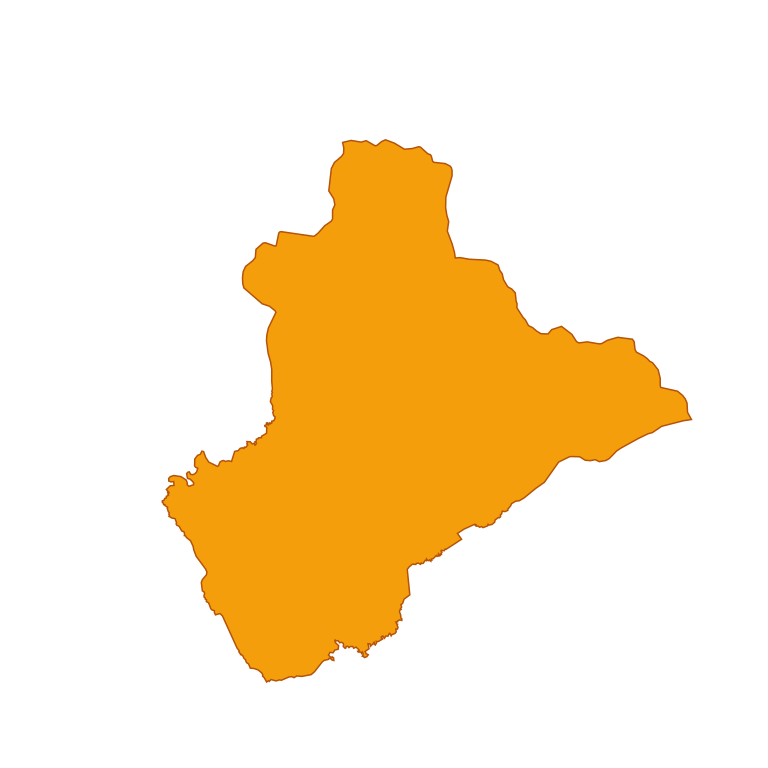 the district of Phu Sang, Phayao, Thailand, rotated 332°
{"feature_id": "78962969B43087545511477", "entity_name": "Phu Sang", "entity_type": "district", "adm_level": 2, "iso_a3": "THA", "parent_name": "Thailand", "parent_adm1": "Phayao", "projection": "robinson", "projection_center": [100.319, 19.641], "detail": "fine", "context": "isolated", "style": "filled", "palette": "amber", "viewbox_px": 768, "rotation_deg": 332, "n_neighbors": 0, "source": "geoboundaries", "source_scale": "gbopen_adm2", "svg_char_len": 6171}
<svg xmlns="http://www.w3.org/2000/svg" viewBox="0 0 768 768"><g transform="rotate(332 384 384)"><path d="M638.8,559.7L638.7,551.5L642.6,543.1L643.0,538.5L642.3,534.3L639.8,528.2L626.8,517.0L627.1,515.2L630.5,508.8L632.7,500.3L631.1,491.3L629.2,488.5L628.4,485.3L626.4,481.1L621.8,474.3L621.9,471.2L624.7,464.2L624.4,461.1L612.3,452.5L601.8,450.3L595.0,450.5L592.7,449.5L583.2,442.2L575.3,439.2L573.9,436.9L573.2,428.4L567.8,416.5L557.6,414.7L552.3,416.8L546.2,413.3L543.7,409.1L541.7,404.0L539.0,400.3L538.9,393.7L538.0,390.3L537.2,380.4L537.3,378.8L539.2,375.5L539.5,373.1L542.7,365.1L541.4,360.2L538.9,356.2L538.5,348.1L540.1,342.2L539.6,338.0L540.6,332.5L536.1,325.9L531.9,322.3L517.9,313.9L510.5,308.1L506.1,306.2L508.0,300.9L509.9,292.5L511.7,278.7L517.4,270.9L518.7,264.5L521.2,257.2L526.4,248.0L541.8,232.2L544.4,227.3L545.0,224.6L544.6,222.5L541.5,218.1L532.0,211.6L531.5,210.2L532.8,204.9L532.6,203.3L530.7,201.2L527.4,192.0L526.1,190.8L519.6,189.4L512.3,186.3L506.3,176.3L500.0,169.1L495.8,168.8L489.8,170.0L488.0,169.5L482.5,160.8L477.4,159.7L469.3,153.5L460.9,151.3L459.2,157.0L456.5,161.5L453.4,163.1L444.3,165.1L438.6,169.1L425.9,187.6L426.6,196.8L424.7,202.8L420.3,206.2L416.0,214.2L413.8,215.5L406.0,216.4L396.8,219.8L392.4,220.7L390.9,220.4L364.6,201.1L363.2,200.8L361.9,201.4L353.7,211.3L352.3,210.9L345.7,203.7L343.4,202.8L334.2,205.0L329.7,212.0L326.1,213.5L317.0,215.2L312.4,218.7L308.9,223.8L306.3,229.4L305.4,233.5L314.1,256.0L319.4,261.6L322.2,268.1L322.2,270.0L308.2,280.3L303.6,285.7L300.6,290.5L296.1,302.5L294.2,311.3L291.8,318.3L286.1,329.0L283.2,335.9L281.4,338.0L281.5,339.1L280.4,339.8L279.3,342.8L277.8,343.3L275.4,346.2L275.5,351.0L273.7,353.9L274.0,355.8L272.5,356.8L271.7,360.1L272.4,362.1L270.7,363.9L269.3,364.7L267.5,364.1L266.6,365.7L265.0,365.8L265.1,364.7L264.2,364.5L262.9,366.0L262.4,365.6L262.7,363.5L262.0,363.2L261.0,364.8L259.2,364.6L259.0,365.6L260.2,367.2L257.1,372.4L251.4,372.6L250.6,373.8L247.9,372.6L247.2,373.2L245.4,372.8L244.2,374.6L243.0,374.5L243.7,376.3L241.9,377.5L241.3,377.2L241.7,375.4L239.5,375.0L238.8,372.2L235.9,370.5L235.6,372.0L234.8,372.4L235.0,373.8L232.5,375.0L231.0,374.2L230.1,375.1L228.9,373.8L226.8,373.3L223.9,374.4L220.5,373.4L213.0,380.8L210.7,378.8L207.6,377.9L206.4,376.2L204.1,375.7L202.3,376.0L199.6,378.4L198.3,378.6L192.6,370.7L192.1,365.0L193.0,359.0L191.7,357.8L188.8,359.8L185.8,359.5L181.7,361.4L178.3,367.4L178.6,369.2L180.0,370.9L177.4,373.6L174.8,374.5L172.6,374.3L170.9,373.0L170.8,370.1L169.2,369.8L167.7,370.4L166.3,374.5L166.5,375.5L168.0,376.7L169.3,380.3L169.4,382.4L168.5,383.5L163.8,382.8L162.9,380.5L163.9,379.0L164.2,375.8L161.3,370.5L155.4,366.1L151.9,365.5L149.6,366.3L148.4,368.6L150.0,370.5L152.5,371.4L151.0,375.0L147.5,373.5L142.3,375.0L143.1,378.0L142.1,377.9L141.9,378.6L142.8,379.4L141.3,380.2L141.3,381.1L139.0,381.0L138.3,382.4L136.7,382.1L135.0,383.4L133.4,383.1L132.7,384.5L133.2,384.9L132.8,387.1L133.9,387.6L133.5,388.4L135.1,391.3L134.3,391.8L133.6,395.5L134.0,396.6L132.9,398.0L132.9,399.3L132.0,399.8L133.7,402.7L136.3,404.8L135.7,409.1L134.8,409.9L134.7,411.2L136.3,413.6L136.4,418.8L138.0,420.6L137.5,422.9L136.5,424.1L137.5,425.0L137.5,426.8L139.6,431.6L139.2,437.9L138.2,440.9L137.3,448.0L139.6,463.5L139.4,466.8L137.7,469.1L131.9,471.4L129.5,473.5L126.5,481.4L127.4,482.8L127.4,484.5L125.5,486.6L125.1,488.0L125.7,488.9L125.2,490.2L126.0,491.4L125.0,492.7L126.4,494.9L125.6,501.1L126.0,502.7L127.8,504.4L126.9,506.4L126.8,508.7L131.4,509.7L132.5,512.8L130.3,548.4L130.9,551.6L130.2,552.2L130.2,553.7L130.8,555.2L130.3,555.6L131.7,557.2L131.6,560.6L132.2,562.3L131.8,565.4L133.0,567.6L132.5,572.1L135.7,574.2L138.6,577.3L140.4,581.7L140.4,584.2L139.6,584.9L140.4,587.3L140.4,592.0L142.8,591.8L143.1,592.7L145.5,591.9L149.3,595.5L152.5,596.1L154.4,597.4L162.7,598.1L165.3,599.2L166.6,601.0L170.1,600.9L174.1,603.6L183.3,606.4L187.4,605.5L199.2,600.3L201.5,600.0L205.8,601.1L206.4,600.5L207.8,600.9L208.5,603.3L209.9,604.6L210.9,602.1L210.1,600.5L208.8,600.8L207.7,597.3L210.4,595.6L212.8,597.4L215.8,595.8L218.9,596.7L221.1,593.8L219.7,589.5L220.1,587.4L220.7,587.1L221.5,588.6L223.0,589.1L223.4,591.7L225.1,592.0L226.2,593.7L226.2,594.7L224.8,596.6L225.6,599.2L226.3,599.2L227.4,597.9L229.1,598.9L229.3,600.3L231.1,600.0L233.2,601.1L233.2,603.1L235.8,603.2L237.1,607.0L236.7,608.0L235.3,607.6L235.4,608.6L237.8,609.9L237.7,611.3L239.1,610.6L239.0,612.5L237.1,614.2L238.0,614.6L238.2,616.3L240.7,616.7L243.0,615.7L241.7,613.8L241.7,611.3L246.5,610.7L247.9,605.8L249.7,606.8L249.0,609.2L253.8,607.7L254.6,606.7L253.2,609.2L253.8,610.4L255.8,609.1L256.4,607.7L256.9,608.4L258.5,608.7L263.2,608.5L263.3,607.8L262.4,606.9L263.1,605.9L264.6,605.9L265.1,608.7L267.2,607.4L269.2,608.5L271.6,606.7L272.2,607.1L272.1,609.7L273.2,609.0L276.5,609.4L278.4,608.6L279.5,605.8L280.8,606.7L282.1,605.5L282.4,603.0L283.2,602.5L282.6,601.6L282.7,599.7L284.4,600.4L284.9,599.6L286.9,599.6L288.7,601.1L289.5,599.9L289.1,598.4L290.3,595.7L290.7,592.5L291.8,591.0L293.3,591.1L293.2,590.0L294.8,589.3L295.4,586.7L297.4,586.5L300.7,583.4L307.8,582.3L317.5,558.6L320.3,557.3L324.5,556.4L327.4,558.3L328.3,557.6L330.2,558.3L331.5,560.3L332.7,559.5L332.9,560.2L334.5,560.7L337.7,559.0L338.5,559.9L339.4,558.5L339.7,560.1L340.7,561.1L341.5,560.7L342.2,562.5L343.0,561.4L343.5,561.8L343.6,560.9L345.5,561.3L349.7,560.0L349.9,561.1L351.1,561.4L352.2,559.8L352.3,561.8L353.0,561.9L353.7,560.7L354.7,561.5L355.3,560.1L356.2,559.7L355.9,558.5L356.5,557.8L359.0,559.5L360.6,558.4L361.2,559.1L379.6,557.5L378.7,550.4L386.7,549.7L397.9,550.4L398.2,551.4L398.5,550.8L399.2,551.3L398.9,552.9L400.2,553.6L401.2,555.3L403.2,555.7L404.0,557.3L408.8,557.9L410.0,556.8L410.2,557.8L413.4,558.7L416.8,558.0L418.3,556.2L422.4,555.6L423.1,556.3L424.7,555.9L425.3,554.2L426.8,554.0L428.7,551.8L431.0,553.5L434.0,553.7L434.7,552.6L438.5,551.1L440.5,549.5L445.2,549.3L448.7,550.6L454.4,550.3L469.0,547.4L479.4,546.1L501.6,534.9L513.7,535.3L515.9,536.3L522.6,540.1L525.9,545.8L530.1,548.5L535.0,550.0L537.6,553.6L543.9,555.7L547.8,555.6L558.2,552.3L563.6,551.8L582.9,551.5L593.7,551.9L598.2,552.9L609.3,551.7L631.1,557.0L638.8,559.7Z" fill="#f59e0b" stroke="#b45309" stroke-width="1.5"/></g></svg>